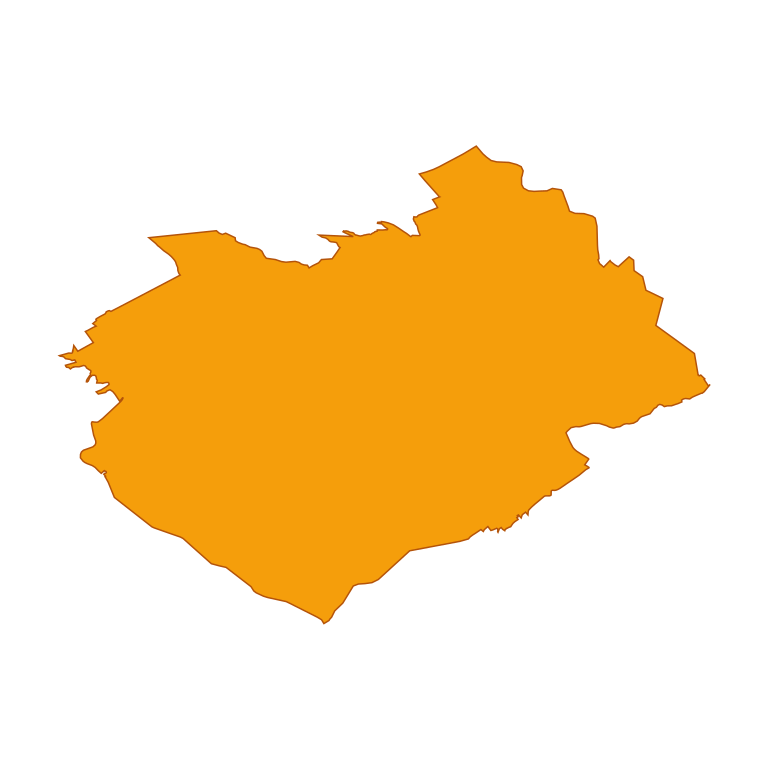 Bascov, Arges, Romania (Equal Earth projection), rotated 3°
{"feature_id": "2599482B67897088940014", "entity_name": "Bascov", "entity_type": "district", "adm_level": 2, "iso_a3": "ROU", "parent_name": "Romania", "parent_adm1": "Arges", "projection": "equal_earth", "projection_center": [24.784, 44.893], "detail": "fine", "context": "isolated", "style": "filled", "palette": "amber", "viewbox_px": 768, "rotation_deg": 3, "n_neighbors": 0, "source": "geoboundaries", "source_scale": "gbopen_adm2", "svg_char_len": 6080}
<svg xmlns="http://www.w3.org/2000/svg" viewBox="0 0 768 768"><g transform="rotate(3 384 384)"><path d="M336.5,626.4L341.4,623.1L342.3,621.5L343.9,619.6L346.7,613.1L354.3,605.0L363.9,587.3L368.9,585.1L375.6,584.3L382.4,583.0L388.6,579.5L418.4,549.2L468.2,537.1L476.4,534.3L478.0,532.2L480.4,530.2L483.2,528.2L488.4,524.3L490.9,526.1L491.7,524.4L492.6,523.4L495.2,520.9L498.4,524.7L500.4,524.0L502.0,523.2L504.1,522.2L504.9,522.6L505.4,524.3L505.2,525.5L505.6,526.1L506.8,522.5L508.5,521.2L510.1,522.9L512.3,524.2L512.6,523.1L513.2,522.7L513.7,521.9L514.6,521.6L516.2,520.6L518.0,519.9L519.4,517.5L520.2,516.3L521.9,514.6L525.0,512.3L523.6,510.4L524.8,509.6L524.0,508.4L525.1,507.7L528.0,510.6L528.8,507.6L529.7,506.6L532.1,504.6L534.6,507.2L534.7,503.9L535.0,502.5L535.8,501.5L537.8,499.2L540.6,496.4L550.0,487.7L551.0,487.3L555.2,487.0L556.3,486.6L556.7,486.1L556.6,482.3L556.9,481.7L557.7,481.3L560.1,481.3L561.4,481.0L563.0,480.3L565.0,479.1L572.0,473.7L579.3,468.2L583.6,464.9L590.0,459.0L593.1,457.0L593.1,456.6L591.1,455.4L588.7,454.2L592.4,448.3L592.1,447.8L584.4,443.6L579.9,441.0L578.1,439.6L577.0,438.6L575.9,437.4L572.4,431.5L571.1,428.8L568.3,423.2L569.4,421.6L573.1,417.8L577.8,416.5L581.1,416.5L583.0,416.1L592.6,412.7L595.3,412.2L601.2,412.1L608.5,414.0L611.3,415.2L615.2,416.0L616.6,415.7L618.3,414.9L621.9,414.2L625.4,411.8L626.8,411.3L628.5,410.9L630.9,411.0L635.3,410.0L638.8,407.8L641.1,404.6L643.0,403.1L651.2,399.8L655.1,394.3L657.2,393.0L658.7,390.8L660.5,389.9L663.0,390.5L665.1,391.9L668.1,391.0L672.3,390.7L676.7,388.9L678.4,388.3L682.4,386.3L682.0,384.5L683.9,383.2L685.9,382.7L690.1,382.9L692.6,381.0L695.3,379.6L701.4,376.6L702.3,376.5L704.2,374.9L709.7,367.4L708.1,369.0L703.4,362.7L704.1,362.1L699.9,358.5L698.8,359.2L698.3,359.3L697.5,358.4L697.2,358.5L697.1,358.3L697.0,357.6L692.4,337.3L652.4,311.3L658.1,284.0L640.7,276.7L636.7,263.3L627.8,257.7L626.8,247.3L622.1,244.2L611.8,254.6L608.4,253.0L604.1,250.0L603.3,248.9L597.3,255.8L595.0,254.0L594.8,253.8L593.0,252.5L591.2,248.8L592.1,247.7L591.6,243.7L590.4,238.7L589.9,234.2L588.4,215.3L586.2,207.3L583.5,205.5L574.8,203.4L565.8,203.6L560.2,201.7L558.5,197.1L554.0,186.8L552.5,183.0L550.8,180.8L541.9,179.9L536.6,182.6L530.6,183.1L523.8,183.8L518.1,183.5L513.1,181.1L511.0,177.6L510.5,170.7L511.1,168.5L511.8,163.9L509.6,159.8L505.1,157.9L497.2,156.2L484.9,156.3L479.2,155.2L474.4,152.0L470.6,148.9L463.7,141.6L451.0,150.2L427.7,164.2L422.2,167.1L415.3,170.0L408.3,172.4L414.5,179.0L429.4,194.0L429.8,194.2L422.9,197.3L426.7,202.5L428.3,205.1L410.5,213.2L409.7,213.6L409.2,214.1L408.8,214.5L408.4,215.2L408.0,215.4L407.3,215.5L406.3,215.6L405.1,215.4L404.7,217.7L405.6,219.9L406.5,220.7L407.2,222.5L408.6,223.8L409.3,225.5L409.8,227.6L410.5,229.7L412.2,233.0L412.1,233.7L411.4,234.0L405.3,234.1L404.5,234.1L403.3,235.4L402.9,235.4L398.7,232.5L396.2,231.1L390.3,227.5L385.1,224.6L379.9,222.9L375.6,222.1L372.9,221.9L372.9,222.8L371.0,222.6L369.2,222.9L369.1,223.9L373.1,224.2L373.7,224.5L376.6,227.0L378.2,228.0L378.8,228.3L379.3,228.6L379.5,228.9L379.4,229.5L379.1,229.8L378.7,229.9L377.3,229.9L374.7,230.3L369.2,230.5L369.1,231.8L367.7,232.1L366.9,232.4L366.4,233.1L364.3,234.2L363.1,235.3L362.4,235.4L361.9,235.2L361.3,235.1L360.3,235.4L359.5,235.5L358.4,235.8L357.7,236.1L356.7,236.2L356.0,236.4L355.0,236.9L352.5,237.5L351.1,237.3L348.5,236.7L347.8,236.7L346.7,236.0L345.9,235.0L344.8,234.5L341.9,234.2L340.2,233.4L338.2,233.1L336.4,233.4L335.7,233.2L335.1,234.1L337.0,235.0L345.6,238.4L311.2,238.7L314.5,240.6L318.1,241.2L320.4,242.5L321.7,243.8L322.6,244.4L323.4,244.7L324.2,244.8L325.5,244.8L327.6,245.0L329.1,245.3L329.6,245.8L331.1,248.4L331.9,249.4L333.0,250.0L330.1,254.8L325.7,261.7L315.0,263.0L312.4,266.4L306.6,269.6L303.1,272.0L301.3,269.4L298.2,269.3L295.3,268.6L292.7,267.0L288.8,266.2L279.7,267.5L275.2,267.1L269.0,265.4L259.9,264.6L257.6,262.1L255.1,257.8L252.8,256.2L250.1,255.2L243.0,254.3L238.0,252.1L235.7,251.8L231.0,250.3L228.2,248.7L227.7,245.7L218.0,241.7L214.7,243.1L211.4,241.9L208.6,239.7L141.5,250.2L148.7,255.6L150.8,257.7L152.6,258.9L157.0,262.4L162.1,265.6L165.0,267.9L166.9,269.8L168.2,271.2L169.5,273.0L170.4,275.4L171.9,278.5L172.2,281.3L172.8,283.0L173.6,284.6L174.8,285.9L127.2,314.2L107.5,325.8L106.0,325.1L104.7,325.4L104.1,325.8L103.8,325.9L102.8,326.5L102.8,326.9L101.8,328.6L96.9,331.5L93.9,333.5L92.9,334.4L93.6,335.6L90.0,338.9L93.5,341.3L90.6,342.7L85.3,346.0L83.0,347.2L91.6,357.9L76.5,367.3L72.2,361.8L71.9,364.8L71.3,367.4L71.6,367.4L71.2,368.9L70.9,369.3L70.5,369.6L67.5,369.6L58.3,372.7L59.2,373.2L61.3,373.3L62.8,373.7L64.7,375.4L69.2,375.9L71.2,376.9L73.9,376.1L75.3,378.4L64.9,382.0L65.2,382.7L65.4,383.1L66.2,383.9L68.3,384.0L70.0,385.4L72.1,383.7L73.2,383.5L73.2,383.2L75.2,382.9L78.5,382.8L80.4,382.2L83.1,381.2L84.7,381.6L85.4,382.3L86.1,383.5L88.3,384.9L90.4,385.9L90.7,387.3L90.0,388.9L90.5,390.5L89.6,391.0L87.2,395.0L86.7,396.5L86.7,397.4L87.7,397.4L87.9,397.0L87.6,396.7L88.5,396.6L90.0,392.7L92.3,390.6L94.6,390.4L95.8,391.1L96.3,392.4L96.7,394.4L97.5,395.3L97.0,397.8L97.0,398.0L101.3,397.8L103.0,398.1L104.6,397.5L106.6,397.0L108.6,396.9L109.3,397.8L109.4,399.0L106.9,401.2L101.8,404.7L97.0,406.9L99.0,408.8L99.3,409.0L99.5,408.9L106.4,407.0L107.9,405.3L110.7,404.1L113.6,405.8L116.0,408.4L120.9,415.0L122.0,413.7L123.6,411.5L124.1,411.7L123.5,413.2L122.1,415.2L104.7,433.3L100.7,436.7L99.4,437.2L96.9,437.2L94.8,437.0L94.1,437.4L93.9,439.0L96.7,450.2L99.1,455.9L99.3,458.1L98.7,459.9L96.6,462.0L87.3,465.9L85.4,467.8L84.6,470.2L84.7,473.6L87.6,476.9L89.5,478.1L91.6,479.0L96.9,480.7L99.9,482.4L103.1,485.4L106.3,488.0L109.2,485.2L109.6,485.6L110.2,485.6L110.8,485.8L111.1,486.1L111.3,486.5L111.3,487.0L111.0,487.4L110.5,487.8L110.1,487.9L109.8,487.8L108.9,488.8L110.8,490.6L110.2,491.2L110.7,491.7L113.8,496.7L120.7,511.4L159.7,538.8L162.0,539.7L179.0,544.7L188.7,547.5L191.5,548.8L201.4,556.8L221.0,572.5L229.0,574.2L235.9,575.4L261.8,593.3L264.8,597.5L267.3,599.2L274.7,602.2L279.0,603.3L297.7,606.4L303.2,608.7L306.5,610.2L329.7,620.4L334.0,622.7L336.5,626.4Z" fill="#f59e0b" stroke="#b45309" stroke-width="1.5"/></g></svg>